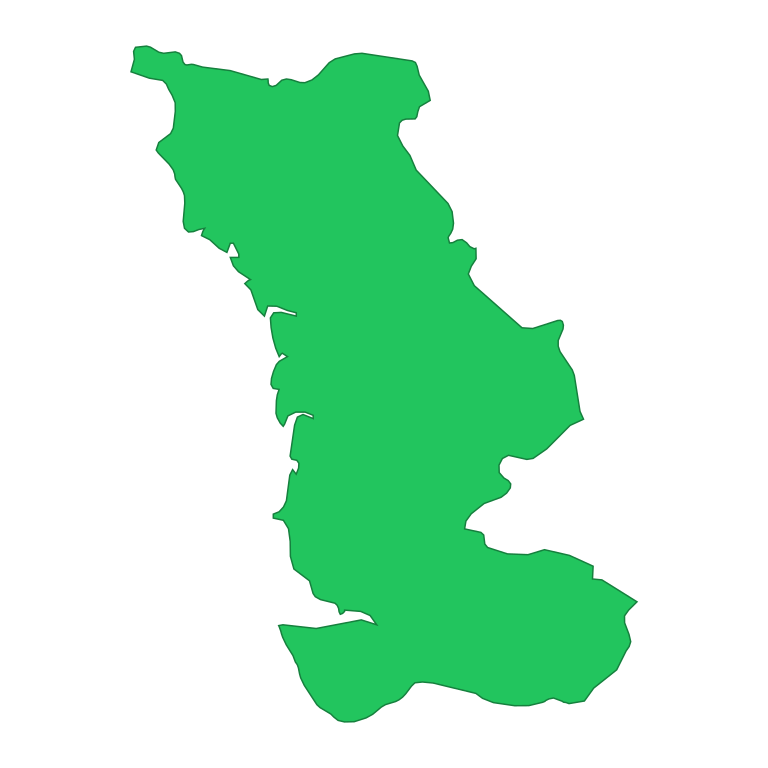 the Metropolitan department of Manche
{"feature_id": "FRA-5322", "entity_name": "Manche", "entity_type": "Metropolitan department", "adm_level": 1, "iso_a3": "FRA", "parent_name": "France", "parent_adm1": "", "projection": "equal_earth", "projection_center": [-1.411, 49.095], "detail": "fine", "context": "isolated", "style": "filled", "palette": "green", "viewbox_px": 768, "rotation_deg": 0, "n_neighbors": 0, "source": "natural_earth", "source_scale": "10m", "svg_char_len": 3602}
<svg xmlns="http://www.w3.org/2000/svg" viewBox="0 0 768 768"><path d="M278.7,625.6L282.9,624.8L316.2,628.5L361.3,619.9L376.7,624.8L370.1,615.5L360.7,611.4L344.6,610.1L344.6,611.4L342.6,613.4L340.3,614.3L339.1,611.8L338.6,608.4L337.2,605.3L335.0,603.2L320.5,599.6L315.3,596.7L313.1,593.5L309.5,580.8L293.9,569.0L290.4,556.3L290.2,541.4L288.5,528.7L283.4,520.3L273.3,518.1L273.3,514.1L279.1,511.8L283.5,507.0L286.4,500.8L289.8,475.1L292.6,469.6L296.2,474.2L298.6,468.1L298.9,463.3L296.8,460.3L291.8,459.2L290.1,456.1L294.6,425.1L297.4,417.1L303.0,414.5L313.2,418.6L313.2,415.3L305.1,412.1L295.7,412.1L287.9,415.9L284.6,424.1L283.2,426.3L280.3,423.2L277.3,417.8L276.0,413.3L276.4,400.6L277.3,394.8L279.1,389.4L273.2,388.4L271.0,384.4L271.5,378.4L273.5,371.5L276.4,364.6L279.3,361.3L287.5,356.6L282.3,353.2L281.3,353.9L279.2,356.6L275.7,348.1L272.9,338.0L271.1,327.5L270.4,317.9L273.7,312.8L281.3,312.4L296.3,316.1L296.3,312.8L287.5,310.5L276.7,306.2L267.7,306.0L264.4,316.1L257.8,309.6L250.9,289.9L244.8,283.6L247.5,281.2L248.6,280.4L250.5,279.6L238.5,271.7L233.4,265.8L230.3,257.4L238.8,257.4L238.8,254.1L233.4,243.2L230.3,243.2L226.9,252.4L219.2,248.3L209.8,239.7L201.5,235.6L202.7,231.9L203.4,230.4L204.7,228.3L198.9,229.5L193.4,231.6L188.5,232.0L184.5,228.3L183.2,221.4L184.8,203.2L184.5,195.6L183.3,191.9L181.6,188.5L175.5,179.3L175.0,176.7L174.7,174.0L173.2,169.8L169.1,164.1L158.4,153.1L156.2,150.0L158.8,142.5L170.6,133.6L173.3,128.2L175.3,111.5L175.2,102.7L172.1,95.2L168.7,89.3L166.4,84.1L162.7,80.4L149.4,78.2L131.0,71.8L134.4,59.3L133.6,51.4L135.5,47.3L146.6,46.1L150.5,47.2L158.8,52.2L163.7,53.3L175.3,51.9L179.5,53.3L181.5,55.6L183.0,62.0L184.9,64.5L186.8,65.0L191.4,64.3L193.4,64.5L202.6,67.1L230.2,70.6L261.3,79.5L267.9,79.0L268.1,80.3L268.2,82.9L269.2,85.4L272.3,86.6L276.2,85.4L281.8,80.2L286.4,79.0L291.2,79.7L299.9,82.5L304.9,82.7L311.9,80.0L318.4,74.9L329.2,62.7L335.2,58.9L354.4,53.9L362.0,53.3L412.1,60.9L415.4,62.5L417.1,66.3L419.2,75.1L428.3,91.2L430.2,100.4L419.5,106.7L417.8,111.7L416.8,116.7L415.1,118.9L405.8,119.1L402.2,120.2L399.5,122.9L397.5,135.5L402.8,146.0L409.9,155.4L416.2,170.1L448.0,203.5L452.1,211.6L453.5,223.2L452.7,229.1L450.8,233.2L448.9,236.0L448.1,237.6L449.5,243.0L452.9,242.6L457.4,240.2L462.1,239.6L466.6,242.8L469.8,246.6L474.2,248.8L475.9,248.3L476.1,258.8L471.3,266.2L468.3,274.0L474.3,285.7L522.0,327.8L532.8,328.5L557.7,320.5L560.4,320.3L562.3,321.5L563.4,325.2L563.0,329.0L558.2,340.5L558.2,346.2L560.0,351.6L572.3,370.0L574.3,375.4L580.0,411.4L583.5,419.2L570.1,425.4L546.7,448.9L533.1,458.4L526.8,459.4L508.5,455.3L502.4,458.5L499.0,465.1L499.2,472.6L503.9,478.0L508.3,480.7L510.7,483.9L510.3,487.9L506.6,493.1L501.2,497.2L484.1,503.5L471.2,513.8L465.9,521.1L464.6,528.9L480.9,532.4L483.7,535.0L484.8,544.0L487.6,547.5L507.4,553.9L528.0,554.7L544.5,549.7L569.4,555.4L593.1,566.2L592.5,579.0L601.9,579.9L637.0,601.8L628.6,610.1L624.5,615.9L624.6,622.8L629.0,634.4L630.7,641.7L629.1,646.6L626.1,650.9L616.7,669.8L593.7,688.1L584.4,701.0L569.0,703.6L566.0,702.5L563.6,702.2L562.1,701.2L553.5,698.0L549.0,698.9L545.9,700.4L544.8,701.4L542.6,702.3L528.8,705.6L514.6,705.7L493.4,702.6L482.5,698.3L475.9,693.4L433.0,683.0L422.4,682.0L414.9,682.8L411.5,686.1L405.7,693.8L402.6,697.1L399.2,699.7L395.7,701.5L385.5,704.6L381.4,707.0L372.8,714.2L366.1,717.9L354.2,721.7L344.4,721.9L338.1,720.4L334.0,717.2L330.8,714.0L320.2,707.7L316.9,704.7L304.3,685.4L300.7,677.9L299.6,674.0L298.4,667.8L297.3,664.7L295.4,662.0L293.0,655.6L286.2,644.7L282.7,637.3L281.5,633.8L280.8,631.1L279.2,626.7L278.7,625.6Z" fill="#22c55e" stroke="#15803d" stroke-width="1.5"/></svg>